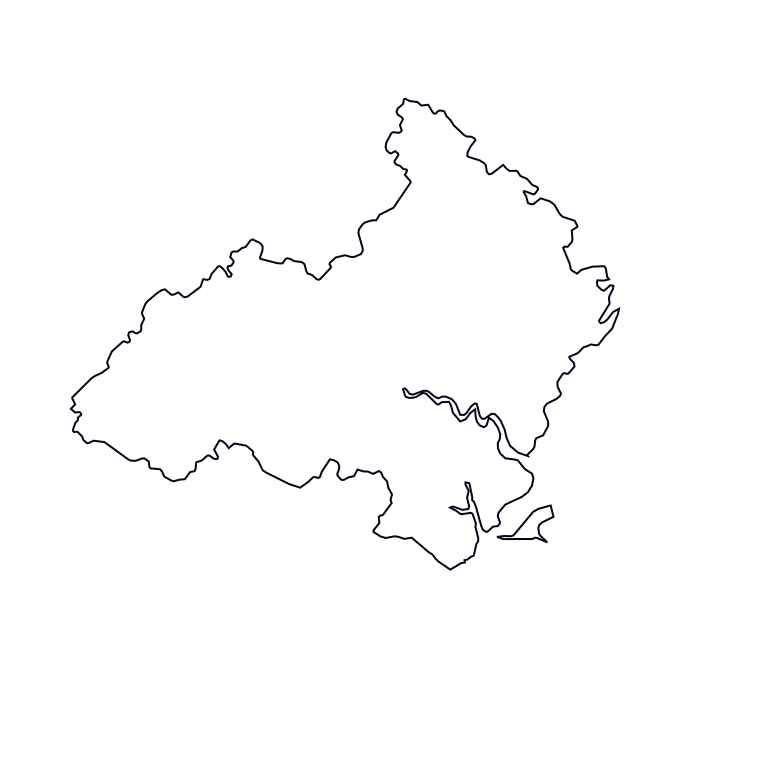 outline of Mykolayiv, rotated 314°
{"feature_id": "UKR-284", "entity_name": "Mykolayiv", "entity_type": "Region", "adm_level": 1, "iso_a3": "UKR", "parent_name": "Ukraine", "parent_adm1": "", "projection": "orthographic", "projection_center": [31.887, 47.325], "detail": "fine", "context": "isolated", "style": "outline", "palette": "ink", "viewbox_px": 768, "rotation_deg": 314, "n_neighbors": 0, "source": "natural_earth", "source_scale": "10m", "svg_char_len": 6167}
<svg xmlns="http://www.w3.org/2000/svg" viewBox="0 0 768 768"><g transform="rotate(314 384 384)"><path d="M432.1,537.5L427.8,528.2L427.1,517.7L430.3,509.8L435.0,502.4L438.6,493.5L439.4,488.5L439.3,484.6L437.4,482.1L428.8,480.5L427.0,478.5L427.6,475.1L434.1,464.6L433.1,462.8L428.4,462.2L420.8,463.5L417.5,463.2L414.8,460.3L419.6,449.6L420.2,443.5L417.7,436.9L415.3,434.7L411.4,433.0L410.1,429.1L409.5,421.6L408.8,419.6L406.4,417.0L396.3,412.1L394.7,409.0L395.5,403.9L395.3,402.0L393.5,401.2L389.9,408.1L390.9,411.0L393.6,413.9L396.9,416.1L404.6,418.1L406.3,421.1L406.2,435.9L407.0,437.3L411.2,438.3L416.4,443.2L415.0,447.4L411.2,453.4L410.0,464.8L415.4,467.3L423.2,466.2L429.0,467.2L423.9,473.0L421.5,477.0L420.7,481.2L422.1,485.7L425.2,486.6L432.6,483.0L433.4,488.5L431.8,496.0L428.6,502.6L424.8,505.5L420.6,506.9L416.9,510.6L414.7,516.1L414.8,522.8L421.3,531.7L422.0,533.4L420.7,544.7L422.3,552.6L420.7,555.9L419.4,557.4L413.6,561.1L405.9,562.7L398.4,561.5L381.5,555.0L371.1,555.8L368.0,557.5L364.8,564.0L361.0,564.6L357.1,561.5L349.9,561.1L348.5,560.1L347.8,556.5L349.6,552.3L359.2,536.0L361.7,530.6L361.7,528.1L363.8,526.2L371.9,514.3L369.8,511.0L368.3,512.5L365.9,519.3L359.9,522.7L355.2,530.2L352.7,531.5L348.1,528.0L343.7,518.6L341.0,517.4L342.9,523.8L343.6,529.1L344.6,530.6L351.6,535.9L352.2,537.8L347.4,547.1L344.6,549.2L338.7,558.7L336.5,560.9L333.1,561.6L322.7,567.9L320.4,566.6L315.5,565.9L313.2,564.3L311.9,566.2L308.7,563.9L296.5,560.6L294.1,546.5L294.2,541.7L295.1,537.3L294.1,533.3L292.7,510.7L286.6,506.1L284.2,500.7L281.8,497.4L274.5,492.3L271.9,487.3L270.3,479.4L271.3,478.1L280.9,477.2L284.6,472.6L286.4,472.6L289.1,474.2L303.7,472.2L305.2,469.2L310.1,466.5L312.4,459.1L316.1,453.8L316.4,447.9L318.3,443.7L317.9,440.8L311.8,438.6L309.8,433.2L306.8,429.9L304.1,424.4L296.9,426.4L292.1,423.3L287.0,421.7L285.6,420.1L285.4,418.0L286.0,413.8L287.1,412.7L291.8,410.7L294.2,408.3L295.3,405.4L294.6,401.7L292.3,397.4L277.8,400.2L272.6,402.5L270.7,401.9L268.9,398.7L267.6,397.8L260.7,397.5L251.2,395.7L246.2,385.5L238.5,361.0L237.7,356.8L241.1,347.2L241.9,339.0L243.9,337.6L244.5,335.8L244.0,327.9L237.8,318.4L236.7,317.6L230.0,316.8L231.0,311.8L230.6,307.4L229.2,304.8L218.9,307.3L216.4,315.1L214.5,316.2L212.8,314.8L211.9,312.8L211.3,308.2L209.7,306.6L202.4,306.1L197.2,303.3L192.1,307.4L189.8,308.3L185.9,305.7L177.2,306.9L173.4,303.6L167.8,300.1L166.7,297.9L164.8,290.2L166.9,284.9L167.0,281.9L161.2,274.8L161.4,272.8L164.8,268.6L164.1,263.5L162.4,261.7L156.1,258.7L152.8,254.7L152.0,251.8L148.0,223.2L141.4,214.4L136.5,212.6L135.0,211.2L135.0,206.2L136.6,203.2L136.7,196.6L134.1,194.4L134.2,192.9L136.2,191.4L142.0,188.9L145.3,189.0L147.0,187.2L151.5,187.6L152.1,186.9L152.4,184.5L148.9,181.6L148.6,176.0L154.9,176.0L156.9,170.0L157.9,169.1L184.1,169.6L188.4,170.3L195.7,173.1L204.0,174.6L205.0,174.3L206.9,170.2L208.3,169.2L218.5,165.6L232.7,166.7L234.2,167.3L235.6,170.8L237.4,171.6L239.1,170.9L241.5,166.0L244.3,164.8L247.2,166.6L248.1,170.3L248.9,171.2L252.5,172.3L254.3,171.7L257.8,168.4L264.4,166.2L266.2,161.5L267.5,160.1L275.6,156.8L279.1,156.4L291.4,157.6L297.0,158.9L299.9,160.6L300.5,169.1L302.3,170.7L307.0,172.4L307.4,179.3L308.5,180.9L310.7,182.0L326.5,184.5L333.4,181.2L334.2,181.5L336.1,184.6L338.5,185.6L343.5,183.5L353.6,183.0L354.7,184.2L355.1,186.9L354.6,192.2L352.9,196.8L353.0,197.7L354.9,199.0L357.2,198.2L357.7,193.2L358.6,191.0L360.1,190.0L363.1,192.0L367.3,191.2L368.1,189.9L368.4,185.3L372.7,183.0L374.5,183.5L377.7,186.7L382.8,187.3L386.6,189.3L394.3,188.2L396.7,188.9L399.1,196.3L399.3,198.1L398.6,201.2L395.5,203.9L388.7,207.0L388.2,208.1L396.2,222.4L398.3,225.2L400.3,227.2L405.5,226.4L407.4,227.1L408.9,229.9L410.0,234.1L414.5,240.0L415.0,243.5L411.3,249.6L410.4,252.3L412.5,256.7L412.5,262.0L413.4,264.5L415.3,265.2L430.2,265.0L431.6,264.3L432.4,261.5L433.5,260.9L441.5,261.4L449.5,266.5L452.6,272.2L454.9,274.4L461.5,277.2L464.9,276.2L466.7,274.6L474.5,261.1L477.8,258.6L483.9,257.7L486.8,258.1L493.3,261.6L496.3,264.7L502.8,263.3L517.5,268.4L547.7,263.1L548.3,261.7L548.9,253.8L553.0,252.6L554.0,251.6L552.0,248.2L552.1,244.1L550.4,240.4L550.6,237.8L551.7,236.7L558.7,235.3L559.5,233.9L559.3,230.3L554.9,229.0L554.0,227.7L553.8,223.9L555.5,220.6L559.5,217.8L569.8,215.0L571.4,215.6L574.8,220.0L576.7,220.8L578.7,220.7L581.2,215.7L587.7,213.6L588.2,212.1L587.3,206.6L588.5,203.9L591.6,202.5L598.8,203.2L602.4,200.7L603.9,201.0L605.4,206.0L610.0,212.0L610.3,217.5L615.6,221.8L613.2,230.6L613.3,232.1L614.6,233.4L617.4,233.3L619.7,234.2L622.0,238.0L620.1,242.8L620.0,248.6L618.5,254.6L618.7,268.6L619.4,271.5L622.5,275.0L623.5,278.3L622.8,280.5L615.4,281.2L609.0,283.1L605.9,285.5L606.1,287.1L611.3,297.4L612.4,302.5L612.1,305.2L608.1,310.6L607.7,313.7L610.0,315.4L624.4,317.5L624.0,322.7L624.5,326.3L629.1,330.9L629.6,332.4L628.4,337.6L630.9,344.2L630.2,352.3L632.0,357.1L631.7,358.9L631.0,359.6L626.2,360.4L624.3,360.0L620.6,351.5L619.7,350.7L619.1,351.1L617.7,356.0L614.2,361.8L615.3,364.8L617.1,366.5L626.4,367.7L630.7,376.6L631.3,382.2L628.4,392.2L628.3,396.2L633.9,407.7L632.0,413.4L631.3,413.9L624.9,412.4L618.9,419.1L616.8,420.4L610.3,420.8L607.9,418.2L606.4,418.3L599.7,433.6L596.4,438.6L596.2,440.4L597.4,446.2L603.3,446.7L613.4,452.6L621.8,460.7L621.2,463.3L616.2,470.0L615.6,473.2L611.0,470.2L606.9,465.6L605.2,466.4L602.8,469.4L602.9,475.3L603.9,477.5L612.3,478.2L614.0,480.8L611.4,482.7L604.4,484.8L602.1,486.1L598.4,490.5L579.0,494.7L578.2,495.9L578.3,497.7L581.6,499.5L585.6,499.8L595.0,498.8L601.4,500.8L596.8,503.7L582.0,509.7L572.4,509.7L561.2,511.0L559.5,510.0L556.1,505.3L551.4,503.5L549.4,502.0L541.1,502.0L532.3,498.4L531.3,500.0L531.0,506.1L528.9,508.9L519.7,509.4L518.6,508.8L517.0,506.0L515.3,505.5L505.8,507.4L502.5,510.9L500.1,518.0L497.8,518.9L493.3,518.5L483.2,514.9L479.0,515.3L475.5,517.8L470.9,528.2L468.0,531.2L457.7,534.1L450.7,531.2L448.2,532.0L443.8,535.6L441.1,536.5L432.4,536.3L432.1,537.5ZM406.2,598.2L394.4,593.9L390.5,593.6L387.7,595.0L384.2,599.3L383.5,601.2L383.5,611.6L379.5,600.9L378.1,599.3L375.6,598.4L355.3,577.5L352.5,571.5L358.1,576.0L362.6,581.0L365.2,582.3L395.7,580.1L401.7,581.9L412.4,588.3L406.2,598.2Z" fill="none" stroke="#020617" stroke-width="2"/></g></svg>